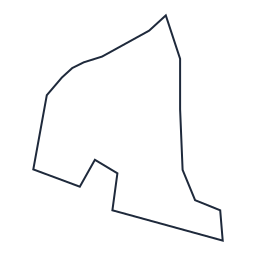 the border of Saint Paul Capesterre
{"feature_id": "KNA-5107", "entity_name": "Saint Paul Capesterre", "entity_type": "Parish", "adm_level": 1, "iso_a3": "KNA", "parent_name": "Saint Kitts and Nevis", "parent_adm1": "", "projection": "equal_earth", "projection_center": [-62.833, 17.388], "detail": "fine", "context": "isolated", "style": "outline", "palette": "slate", "viewbox_px": 256, "rotation_deg": 0, "n_neighbors": 0, "source": "natural_earth", "source_scale": "10m", "svg_char_len": 339}
<svg xmlns="http://www.w3.org/2000/svg" viewBox="0 0 256 256"><path d="M33.3,169.4L46.8,95.2L61.9,77.5L72.3,68.0L83.8,62.3L102.0,56.6L149.2,30.6L165.8,15.4L180.1,58.8L180.1,109.3L182.6,169.9L195.1,200.2L220.2,210.3L222.7,240.6L112.4,210.3L117.4,173.3L94.9,159.8L79.8,186.7L33.3,169.4Z" fill="none" stroke="#1e293b" stroke-width="2"/></svg>